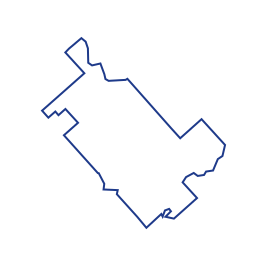 Prairie, Arkansas, United States of America (Natural Earth projection), rotated 137°
{"feature_id": "52423323B23335905027720", "entity_name": "Prairie", "entity_type": "district", "adm_level": 2, "iso_a3": "USA", "parent_name": "United States of America", "parent_adm1": "Arkansas", "projection": "natural_earth1", "projection_center": [-91.556, 34.786], "detail": "fine", "context": "isolated", "style": "outline", "palette": "blue", "viewbox_px": 256, "rotation_deg": 137, "n_neighbors": 0, "source": "geoboundaries", "source_scale": "gbopen_adm2", "svg_char_len": 743}
<svg xmlns="http://www.w3.org/2000/svg" viewBox="0 0 256 256"><g transform="rotate(137 128 128)"><path d="M100.8,225.5L117.0,226.3L122.3,226.0L122.6,197.8L179.0,199.3L179.2,189.9L169.9,189.6L170.1,184.8L160.8,184.6L161.0,165.9L179.8,166.4L180.8,115.6L180.2,114.9L183.4,103.4L187.8,99.7L177.9,89.6L181.3,87.2L181.8,56.8L182.6,42.5L162.3,42.4L163.1,39.6L157.2,42.5L153.1,40.8L153.4,37.8L161.1,37.5L156.2,30.4L125.3,29.7L125.1,51.0L119.0,52.5L110.6,50.3L109.7,45.4L104.4,41.8L100.6,42.9L94.8,38.9L83.5,44.0L78.0,43.1L68.6,49.4L68.2,84.3L96.8,84.9L96.6,99.0L94.9,164.4L96.9,164.8L110.0,175.7L111.1,179.2L108.6,183.5L104.2,194.0L111.6,198.3L112.6,202.8L103.0,213.6L100.1,220.0L100.8,225.5Z" fill="none" stroke="#1e3a8a" stroke-width="2"/></g></svg>